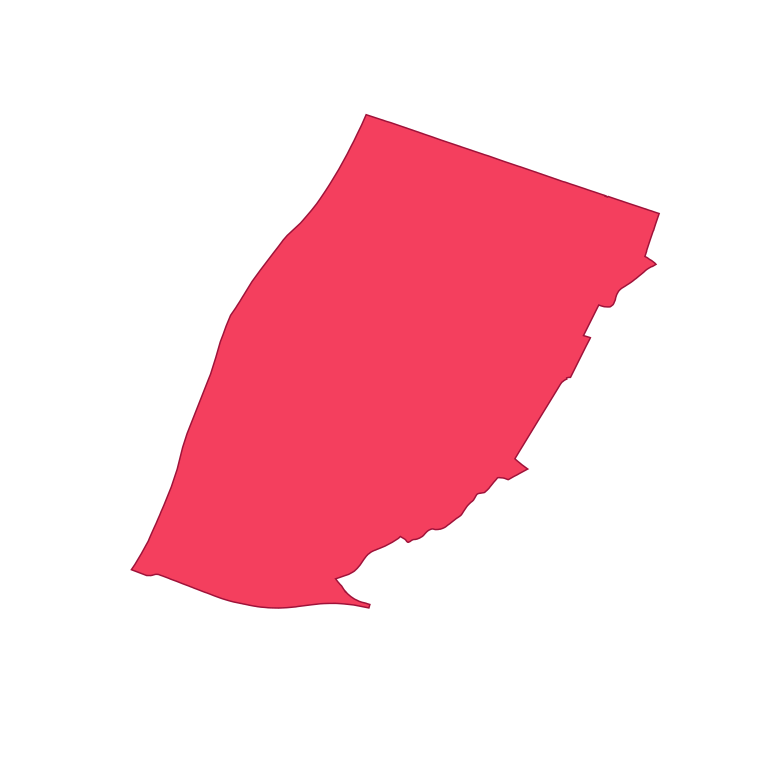 Geertruidenberg, Noord-Brabant, Netherlands (Natural Earth projection), rotated 304°
{"feature_id": "6326949B69937984570912", "entity_name": "Geertruidenberg", "entity_type": "district", "adm_level": 2, "iso_a3": "NLD", "parent_name": "Netherlands", "parent_adm1": "Noord-Brabant", "projection": "natural_earth1", "projection_center": [4.874, 51.696], "detail": "fine", "context": "isolated", "style": "filled", "palette": "rose", "viewbox_px": 768, "rotation_deg": 304, "n_neighbors": 0, "source": "geoboundaries", "source_scale": "gbopen_adm2", "svg_char_len": 6096}
<svg xmlns="http://www.w3.org/2000/svg" viewBox="0 0 768 768"><g transform="rotate(304 384 384)"><path d="M679.2,516.8L678.9,515.8L678.8,515.5L677.8,511.9L677.0,508.8L676.5,507.3L673.7,497.1L670.8,486.8L669.7,482.8L667.1,473.4L664.8,464.9L664.0,464.8L663.6,463.1L663.4,462.5L664.0,462.6L661.9,454.9L660.6,450.1L660.4,449.5L659.0,444.5L658.2,441.4L657.0,437.1L655.4,431.3L654.1,426.8L653.7,425.2L652.6,421.1L652.1,419.8L651.8,418.8L640.1,374.9L639.9,374.5L637.4,365.4L636.0,360.4L634.6,355.1L633.0,348.9L631.5,343.1L630.1,338.5L629.9,337.6L627.7,329.7L618.1,294.7L616.6,288.9L616.1,286.9L615.0,282.8L614.1,279.6L613.2,276.2L604.4,243.3L603.1,239.2L600.1,228.5L600.0,228.2L597.3,218.6L586.3,220.6L575.6,222.1L568.9,223.1L561.9,223.9L554.2,224.9L536.6,226.5L522.1,227.2L519.8,227.3L516.4,227.4L511.2,227.5L508.7,227.5L501.8,227.5L495.6,227.4L494.6,227.3L487.8,226.8L479.7,225.9L470.7,224.8L453.1,220.7L451.5,220.5L446.6,219.9L445.4,219.9L443.5,219.8L441.6,219.7L439.2,219.6L430.2,219.0L412.6,218.0L409.0,217.8L395.4,217.3L394.9,217.3L380.8,217.9L379.0,218.0L377.7,218.0L372.1,218.3L366.6,218.4L364.4,218.5L355.2,218.4L351.2,219.2L349.7,219.5L344.3,220.6L343.0,220.9L335.2,222.9L328.7,224.4L327.1,224.8L325.6,225.3L311.7,229.8L296.2,234.4L294.8,234.8L290.5,235.7L232.7,248.5L218.9,252.5L197.7,260.2L179.8,265.2L160.5,269.3L156.8,270.0L153.4,270.6L150.3,271.3L146.3,272.0L141.2,273.0L136.2,273.8L129.9,274.9L125.0,275.8L122.1,276.4L121.2,276.5L117.5,276.8L109.9,277.5L107.8,277.7L105.8,277.8L102.3,278.0L95.1,278.4L94.5,278.4L93.5,278.4L88.8,278.4L92.5,294.3L94.6,297.5L94.8,297.8L95.7,298.7L96.9,299.7L98.1,300.7L98.5,301.1L98.7,301.4L99.1,301.9L99.4,302.5L99.8,303.1L100.0,303.7L100.2,304.4L100.4,305.5L100.9,307.3L101.7,310.6L102.5,314.0L102.9,316.2L103.8,319.8L104.3,321.8L104.8,324.0L105.3,326.3L105.7,328.2L106.3,330.7L106.8,332.8L107.3,334.8L107.7,336.8L108.2,338.8L108.6,340.9L109.1,342.9L109.9,346.4L110.5,349.1L111.1,351.7L111.8,354.2L112.4,356.8L113.0,359.5L113.5,361.8L114.9,367.4L115.6,370.1L116.5,373.0L117.5,376.2L118.3,378.6L119.3,381.4L121.5,386.7L122.0,388.0L122.4,388.8L122.6,389.4L123.1,390.7L123.5,391.5L124.0,392.8L124.6,394.2L125.2,395.8L127.1,400.2L128.0,402.1L128.6,403.5L129.4,405.1L130.2,406.7L132.3,410.4L133.7,413.0L135.1,415.3L137.9,419.7L139.4,422.0L141.1,424.3L142.5,426.2L143.7,427.8L144.3,428.6L146.8,431.7L148.8,434.1L149.5,435.0L150.3,435.9L151.3,436.9L156.8,443.2L160.9,447.9L163.8,451.3L166.2,454.1L168.4,457.0L171.5,461.3L175.1,466.6L176.2,468.4L177.6,470.8L179.2,473.6L181.6,478.1L183.9,482.5L185.9,487.2L189.9,496.7L193.3,495.6L193.1,495.0L192.3,492.3L192.2,491.7L190.7,487.7L189.8,484.3L189.8,483.7L189.2,479.9L189.2,479.1L189.2,478.1L189.2,476.8L189.2,475.7L189.3,474.6L189.4,473.8L189.5,472.9L189.6,471.8L190.0,469.8L190.2,469.3L190.7,467.2L190.5,467.3L190.9,466.4L191.4,465.1L192.9,461.7L193.3,459.6L193.8,457.9L194.1,456.7L195.4,452.8L198.4,455.1L202.3,458.0L206.5,461.2L207.5,461.7L209.6,462.8L210.6,463.3L211.7,463.8L212.8,464.2L213.1,464.2L214.7,464.6L216.7,465.0L217.1,465.0L220.5,465.4L220.9,465.4L223.2,465.4L225.2,465.4L226.2,465.4L227.5,465.4L231.3,465.6L232.1,465.7L233.0,465.9L233.5,465.9L234.5,466.2L235.1,466.5L236.2,466.8L236.7,467.0L237.1,467.1L238.3,467.7L238.9,468.0L239.1,468.2L239.6,468.4L240.1,468.7L241.9,470.0L242.9,470.6L244.6,471.8L250.2,475.5L257.5,479.4L263.7,482.1L265.0,482.5L266.7,482.8L267.0,488.1L266.7,489.7L266.3,490.5L266.1,491.5L266.1,492.1L266.4,492.7L267.8,493.6L269.2,494.1L270.0,494.4L270.8,494.9L271.3,495.2L272.0,496.0L272.5,496.7L273.0,497.2L274.3,498.4L275.0,498.8L275.8,499.4L276.7,499.9L277.8,500.4L279.2,501.1L281.1,501.5L283.0,501.7L284.2,501.9L285.4,502.1L286.8,502.5L287.6,502.8L288.5,503.3L289.6,504.0L290.3,504.5L290.9,505.2L291.4,506.1L291.5,506.6L291.8,507.4L292.1,508.1L292.6,508.7L292.9,509.3L293.4,509.8L294.0,510.6L294.5,511.0L295.2,511.9L296.0,512.5L296.5,512.9L297.8,513.8L299.2,514.6L300.4,515.1L302.1,515.6L303.6,516.1L304.5,516.5L305.8,516.9L308.0,517.6L311.1,518.6L313.0,519.2L313.9,519.6L314.6,519.9L315.6,520.3L316.4,520.6L317.5,521.0L318.3,521.2L319.2,521.3L320.2,521.3L323.2,521.2L324.6,521.2L326.1,521.2L327.4,521.2L328.5,521.2L330.0,521.3L331.0,521.5L331.7,521.6L333.2,521.9L334.5,522.2L336.3,522.8L337.3,523.0L338.0,523.1L338.5,523.1L339.1,523.0L340.1,523.0L341.1,522.9L342.4,522.8L343.7,522.7L344.4,522.8L345.0,522.9L345.5,523.2L345.9,523.5L347.0,524.5L347.2,524.8L349.1,526.8L349.9,527.7L350.4,528.0L350.9,528.2L351.9,528.4L352.6,528.6L353.8,528.9L354.9,529.1L355.9,529.3L357.3,529.4L358.2,529.4L358.9,529.5L359.9,529.6L361.1,529.7L362.1,529.8L363.8,529.9L365.0,530.1L365.9,530.2L367.4,530.4L368.7,530.5L369.2,530.5L369.9,530.7L370.3,531.2L370.9,532.0L371.4,533.0L372.4,534.7L372.9,535.8L373.3,537.0L373.6,538.3L374.1,540.4L374.5,540.7L380.0,543.4L383.4,545.3L385.1,546.1L389.1,548.2L389.5,548.4L393.9,550.7L393.9,549.8L394.1,545.8L394.2,543.3L394.8,537.2L395.2,534.4L395.3,534.3L395.8,534.3L405.9,533.8L413.1,533.5L439.2,532.3L464.9,531.2L471.6,530.9L473.9,530.8L482.0,530.4L483.4,530.4L485.0,530.5L486.1,530.9L487.2,531.2L488.2,531.6L489.0,532.0L489.9,532.5L490.2,532.8L491.2,532.0L491.8,532.5L492.6,533.3L493.2,534.0L493.5,534.5L493.8,534.9L528.9,530.3L536.8,529.4L537.8,529.2L537.5,528.1L535.7,522.3L565.6,518.4L566.4,518.3L569.6,517.9L569.9,519.2L570.2,520.3L570.5,521.3L571.2,523.3L571.6,524.0L572.9,526.2L574.0,527.8L574.7,528.5L576.5,529.1L577.1,529.3L577.7,529.5L579.0,529.5L580.9,529.1L582.2,528.9L583.4,528.6L584.4,528.1L584.8,528.0L585.5,527.7L586.3,527.5L587.6,527.1L588.7,526.9L589.7,526.8L590.8,526.7L592.2,526.6L592.6,526.7L593.6,526.8L594.8,527.1L596.0,527.4L600.2,529.3L601.7,529.9L603.5,530.7L605.1,531.4L606.9,532.1L608.9,532.8L610.9,533.4L612.5,534.0L616.3,535.1L618.2,535.7L619.9,536.2L621.9,536.8L624.6,537.4L625.4,537.7L626.1,537.9L627.5,538.5L628.6,539.0L629.8,539.6L630.6,540.0L631.3,540.6L631.7,540.9L635.3,542.6L635.7,541.0L636.0,536.8L635.8,534.4L635.9,532.8L635.9,531.0L635.6,529.0L636.7,528.7L640.9,527.5L641.6,527.1L652.2,524.1L661.0,521.7L662.2,521.6L663.7,521.1L668.8,519.6L679.2,516.8Z" fill="#f43f5e" stroke="#9f1239" stroke-width="1.5"/></g></svg>